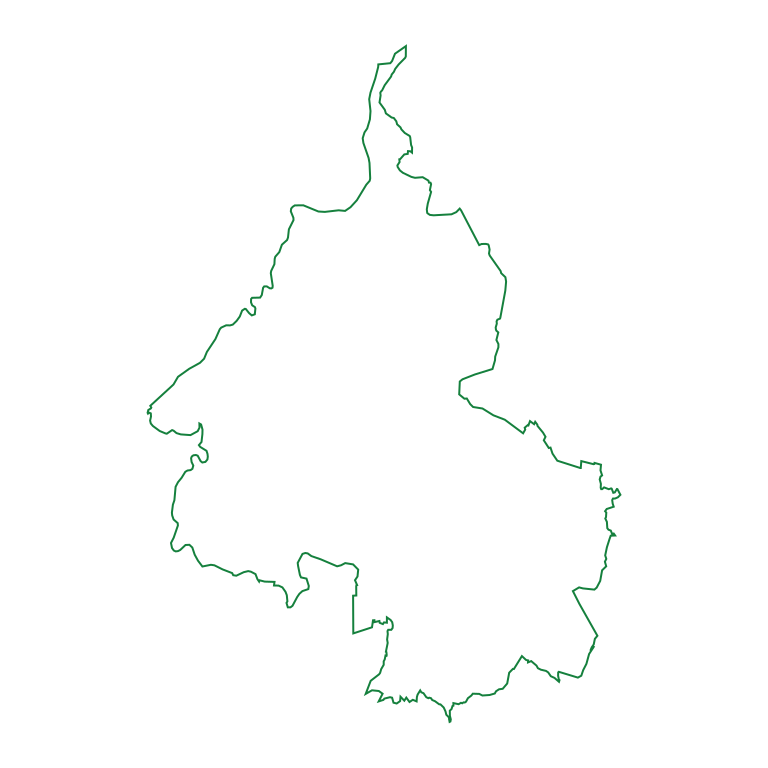 the district of Ixmatlahuacan, Veracruz, Mexico
{"feature_id": "50627088B11055849709035", "entity_name": "Ixmatlahuacan", "entity_type": "district", "adm_level": 2, "iso_a3": "MEX", "parent_name": "Mexico", "parent_adm1": "Veracruz", "projection": "equal_earth", "projection_center": [-95.886, 18.498], "detail": "fine", "context": "isolated", "style": "outline", "palette": "green", "viewbox_px": 768, "rotation_deg": 0, "n_neighbors": 0, "source": "geoboundaries", "source_scale": "gbopen_adm2", "svg_char_len": 6105}
<svg xmlns="http://www.w3.org/2000/svg" viewBox="0 0 768 768"><path d="M405.9,46.1L395.0,53.7L392.1,61.0L390.3,63.2L378.3,64.4L378.2,66.9L375.2,78.7L370.5,92.6L369.2,99.2L370.5,111.1L369.9,119.4L367.2,128.5L364.5,132.4L362.7,138.2L363.4,143.0L368.6,158.0L369.5,163.0L370.2,178.4L369.7,180.8L366.3,184.7L356.9,200.2L350.5,207.2L345.1,210.9L338.6,210.3L324.8,211.9L318.4,211.5L303.3,205.3L294.8,205.4L292.7,206.8L291.2,208.5L290.8,211.3L293.4,217.8L293.5,220.1L288.9,229.3L288.0,237.5L287.1,240.0L281.9,244.7L279.3,252.1L275.3,256.7L274.7,258.8L274.4,264.2L271.2,270.9L270.8,273.2L272.7,285.8L272.5,287.7L271.4,288.4L269.8,288.3L266.8,286.4L264.2,286.4L263.1,287.8L261.8,295.0L260.1,297.6L252.1,297.8L251.1,299.0L251.0,302.3L252.2,305.3L254.9,307.1L255.4,308.5L254.8,314.3L251.8,315.4L249.1,313.1L245.8,309.0L244.8,308.8L242.1,310.6L239.8,316.5L236.7,320.8L232.8,324.6L230.0,325.4L226.2,325.3L221.2,327.6L219.8,329.2L215.4,339.1L206.9,351.9L204.1,358.7L200.0,362.8L189.2,368.8L178.0,376.8L173.5,384.5L150.3,405.8L151.3,407.5L150.9,408.4L148.3,410.0L147.6,412.8L148.0,413.6L149.0,412.6L150.8,413.4L151.0,416.5L150.1,420.6L150.8,423.5L152.9,426.0L159.7,431.0L165.4,433.4L166.8,433.7L172.1,430.1L173.6,430.7L176.5,433.1L180.8,434.4L190.5,435.1L197.7,431.2L199.5,427.6L199.4,423.5L201.1,424.5L202.5,429.6L202.4,434.1L201.5,442.0L198.9,445.1L200.2,446.9L206.5,450.8L207.5,453.9L207.8,456.7L207.4,459.5L205.4,461.9L202.3,462.5L200.6,461.1L197.7,455.7L195.9,455.0L193.4,455.3L191.8,456.5L191.1,458.2L191.6,462.0L193.3,465.6L192.4,468.8L190.6,470.1L187.5,470.5L185.3,471.8L181.6,477.8L178.0,482.2L175.6,486.8L174.4,500.2L172.9,504.7L171.9,512.7L172.2,515.5L173.6,519.5L177.7,523.1L177.9,525.5L173.7,537.7L171.0,543.0L172.0,548.0L173.8,550.5L175.7,551.4L178.0,551.1L180.2,550.0L185.5,545.0L189.4,544.8L192.3,547.5L194.7,554.7L198.0,560.7L202.4,566.5L210.9,564.8L214.4,565.3L222.6,569.4L232.2,573.1L233.2,575.2L236.3,575.7L243.7,572.2L248.2,571.1L250.9,571.7L255.5,574.1L257.4,579.1L259.1,581.6L259.6,580.3L264.7,581.6L274.5,581.9L274.0,585.5L278.6,585.6L282.4,587.4L285.5,591.8L286.8,595.2L287.4,601.4L286.5,602.9L287.8,607.3L290.5,607.3L292.5,605.8L297.2,597.0L299.4,593.8L302.4,591.1L308.3,589.1L308.8,586.0L306.5,578.6L301.0,577.4L299.9,574.9L298.1,566.0L297.7,562.9L302.5,553.9L305.3,553.0L307.7,553.4L311.4,556.1L320.7,559.3L337.1,566.3L341.0,565.3L345.2,563.1L353.1,564.4L358.2,569.6L357.5,576.5L355.0,580.2L357.1,585.1L356.4,585.3L356.2,586.5L356.3,595.5L353.1,595.7L353.3,633.4L372.0,627.3L373.0,620.3L374.4,620.2L374.5,622.1L379.4,621.0L379.7,622.8L382.9,624.1L384.0,622.4L386.9,622.7L386.9,617.4L390.6,620.0L392.2,622.2L392.8,625.4L392.6,628.0L391.3,629.8L388.2,629.8L387.5,631.1L387.8,634.1L387.1,639.5L387.7,642.9L385.9,651.8L386.4,652.1L386.7,655.1L386.5,655.8L385.5,655.5L384.7,659.5L383.7,661.3L383.7,664.8L381.2,669.1L380.1,672.9L379.1,674.3L370.7,680.8L365.7,693.9L372.0,690.3L378.8,691.0L382.6,693.7L378.7,701.4L383.4,699.9L384.4,698.6L390.0,697.2L392.1,697.7L393.5,702.7L396.7,703.5L400.1,701.1L400.5,696.7L404.3,700.7L406.3,697.6L409.5,702.0L412.8,699.8L416.6,701.4L416.9,697.0L417.6,694.6L420.2,690.4L421.3,692.3L423.5,693.2L426.3,697.2L428.3,698.2L429.2,697.7L431.0,698.2L432.2,700.0L435.0,701.2L439.2,704.3L440.5,704.4L443.7,707.5L445.5,711.4L446.3,714.7L449.3,717.8L449.0,718.7L449.6,721.9L450.4,721.5L450.8,719.4L449.9,715.8L449.8,710.7L451.5,709.1L452.5,706.0L453.4,705.7L453.4,703.1L458.6,704.2L461.0,702.8L462.2,703.3L463.5,702.4L464.8,702.5L466.0,701.7L467.9,698.2L471.3,695.6L472.8,693.7L479.2,693.9L482.4,695.5L489.6,695.0L494.8,693.5L496.0,691.3L499.0,689.3L502.7,688.8L507.2,683.5L509.2,672.7L512.9,668.9L513.9,669.0L521.9,656.1L526.1,660.0L528.1,660.4L528.0,662.4L531.2,661.1L536.5,665.6L537.9,668.2L540.9,669.7L546.0,670.9L548.2,672.4L550.8,676.2L554.5,677.9L559.0,681.8L559.5,680.1L558.8,679.3L558.1,675.7L558.2,672.4L558.8,671.8L577.9,677.6L581.3,675.7L583.2,670.1L586.4,663.9L589.1,654.0L593.7,646.9L593.1,646.6L590.8,650.4L590.6,650.1L591.7,647.4L593.7,644.5L594.9,638.8L597.4,635.8L579.4,603.9L572.9,591.1L579.1,587.4L582.9,588.4L594.4,589.6L596.7,587.6L600.2,580.9L602.1,570.3L606.2,566.3L604.9,561.7L606.3,558.9L605.2,555.4L606.9,547.3L609.5,539.1L610.7,535.7L615.1,535.5L613.7,533.5L612.0,533.7L610.8,530.6L608.5,529.7L607.3,528.2L606.9,521.9L605.3,518.5L606.0,517.1L606.3,512.6L605.1,511.2L606.7,509.0L613.7,506.7L612.7,503.7L612.2,500.1L613.0,498.5L615.1,498.5L617.9,497.3L620.4,494.8L617.4,489.1L616.9,489.0L614.8,492.4L613.3,492.8L611.7,488.7L611.1,488.4L608.8,489.2L604.1,487.4L602.2,489.1L601.2,489.1L600.7,487.8L600.9,483.9L599.7,479.4L600.5,476.6L602.1,475.4L600.5,470.4L601.0,464.7L594.5,462.9L594.3,464.0L593.6,464.2L581.3,461.1L580.7,468.9L580.6,468.1L557.3,460.7L552.5,453.6L550.5,447.6L548.8,448.0L543.8,440.3L545.5,436.8L543.0,432.6L537.5,425.9L537.3,424.6L535.2,421.8L534.1,424.2L530.0,421.1L528.5,425.2L528.1,424.8L524.7,427.7L525.2,429.6L523.1,433.3L504.8,419.7L493.4,415.3L482.5,408.5L473.1,407.0L470.2,404.1L466.8,398.5L464.4,398.7L459.2,394.4L459.8,381.5L462.5,379.3L474.8,374.5L492.5,369.0L495.0,360.3L495.2,356.6L498.4,347.3L498.4,344.0L496.4,340.0L498.3,332.4L496.3,330.6L495.9,329.4L495.7,327.4L496.8,323.7L496.6,321.3L497.4,319.7L500.0,318.6L500.3,317.8L505.3,290.7L506.1,281.6L505.4,277.2L501.2,273.2L500.6,271.0L489.7,255.5L489.0,253.5L489.6,249.6L488.7,245.3L488.1,244.4L485.8,243.9L481.6,244.0L479.2,245.1L461.1,210.4L459.7,208.6L456.3,212.1L451.5,214.3L433.6,215.3L429.9,214.9L428.1,213.7L427.2,212.9L426.8,209.3L427.8,203.5L431.1,191.9L429.9,190.1L431.1,184.1L430.5,182.7L429.0,182.6L428.4,180.6L422.7,177.2L415.0,177.8L411.4,176.9L402.9,172.8L399.9,170.4L397.7,167.0L397.4,165.4L399.6,162.0L399.3,159.3L400.2,159.1L404.3,154.4L407.7,153.9L408.0,151.1L410.4,151.3L412.0,152.6L412.1,147.5L411.1,145.0L410.2,137.2L409.7,136.0L404.8,133.0L401.4,129.4L400.5,127.4L397.1,124.3L396.3,121.3L393.8,118.0L391.6,117.5L385.9,113.4L384.8,109.8L379.5,102.5L380.6,95.4L380.3,92.8L380.9,91.6L382.1,90.4L384.7,85.2L391.1,76.5L391.7,74.5L393.9,71.8L395.2,68.9L398.6,64.5L405.2,57.8L405.8,56.4L405.9,46.1Z" fill="none" stroke="#15803d" stroke-width="2"/></svg>